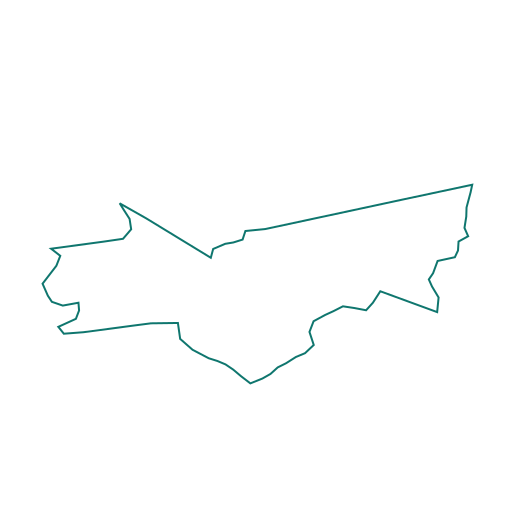 outline of Belém de Maria, Pernambuco, Brazil, rotated 285°
{"feature_id": "56859067B86605110153500", "entity_name": "Belém de Maria", "entity_type": "district", "adm_level": 2, "iso_a3": "BRA", "parent_name": "Brazil", "parent_adm1": "Pernambuco", "projection": "albers", "projection_center": [-35.819, -8.601], "detail": "fine", "context": "isolated", "style": "outline", "palette": "teal", "viewbox_px": 512, "rotation_deg": 285, "n_neighbors": 0, "source": "geoboundaries", "source_scale": "gbopen_adm2", "svg_char_len": 1018}
<svg xmlns="http://www.w3.org/2000/svg" viewBox="0 0 512 512"><g transform="rotate(285 256 256)"><path d="M277.4,239.3L268.4,238.8L263.2,230.6L259.8,223.1L251.7,212.8L242.6,212.8L264.0,140.0L271.6,110.7L266.1,116.6L259.1,124.3L249.5,128.5L238.2,123.1L230.4,105.0L210.0,56.2L205.5,66.9L194.9,65.7L174.0,57.0L163.8,65.2L158.9,70.7L158.1,82.2L164.9,96.6L157.6,99.2L148.7,98.3L136.4,83.4L131.2,90.5L137.7,109.0L157.1,155.7L163.8,172.0L171.1,197.9L156.3,204.2L149.0,219.0L145.0,236.8L144.6,245.9L143.4,254.6L140.4,263.3L136.0,272.7L131.5,283.5L139.3,293.9L145.8,300.5L154.0,305.8L160.2,312.8L168.8,320.7L174.8,328.5L185.0,334.8L196.5,327.3L207.9,328.5L216.9,338.0L222.7,345.0L229.9,353.0L231.2,364.5L232.1,376.4L241.1,381.0L254.1,385.2L248.7,445.5L263.2,443.1L272.1,433.9L278.1,429.0L285.2,431.5L298.2,432.7L306.3,448.4L313.6,449.7L322.4,447.9L330.0,455.8L337.1,450.1L348.5,448.9L357.4,446.8L373.0,446.8L380.8,446.4L348.5,383.1L330.1,347.2L284.4,257.9L277.4,239.3Z" fill="none" stroke="#0f766e" stroke-width="2"/></g></svg>